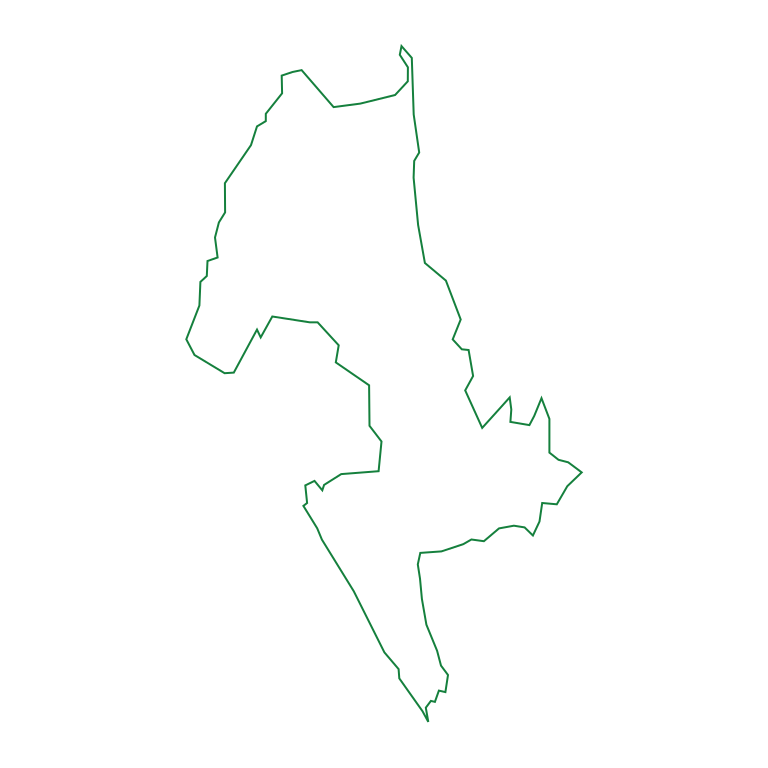 the district of Say, Tillabéri, Niger
{"feature_id": "23599985B83200163093073", "entity_name": "Say", "entity_type": "district", "adm_level": 2, "iso_a3": "NER", "parent_name": "Niger", "parent_adm1": "Tillabéri", "projection": "equal_earth", "projection_center": [2.303, 12.594], "detail": "fine", "context": "isolated", "style": "outline", "palette": "green", "viewbox_px": 768, "rotation_deg": 0, "n_neighbors": 0, "source": "geoboundaries", "source_scale": "gbopen_adm2", "svg_char_len": 1401}
<svg xmlns="http://www.w3.org/2000/svg" viewBox="0 0 768 768"><path d="M224.6,373.2L233.8,372.6L257.0,329.6L260.7,337.4L272.3,316.5L309.6,322.3L317.6,322.3L338.7,345.3L335.8,362.4L369.1,385.3L369.5,425.8L381.5,441.5L378.6,471.2L341.2,474.1L324.1,484.9L322.3,490.3L314.5,480.9L305.3,485.4L307.1,503.0L303.4,505.9L317.2,528.3L321.9,539.6L353.8,591.3L384.4,652.4L398.6,669.1L399.3,678.4L422.5,711.2L428.3,721.9L425.8,707.7L430.9,700.9L434.9,701.9L438.9,690.6L445.4,692.1L448.0,675.0L441.0,665.6L437.1,650.8L426.4,624.7L421.9,598.9L420.0,578.6L417.8,564.4L420.3,552.9L441.4,551.4L463.4,544.1L471.4,539.5L483.9,541.2L499.0,528.4L513.9,525.7L524.6,527.4L532.9,535.5L539.5,521.5L542.2,503.0L556.8,504.3L567.3,486.2L581.7,472.4L568.2,462.3L558.5,459.8L549.4,452.6L549.4,418.9L541.5,398.2L534.2,416.0L529.4,425.1L510.4,421.9L511.3,409.5L509.7,397.4L498.1,410.3L482.2,427.9L465.2,390.4L473.1,376.0L468.6,350.0L461.8,349.3L452.7,339.4L460.7,319.5L445.9,280.6L424.9,263.0L418.1,224.9L413.6,177.7L414.2,160.9L419.2,152.5L413.7,114.5L411.8,57.9L401.5,46.1L399.8,54.8L407.9,67.3L407.8,81.3L395.1,95.0L360.3,103.6L333.6,107.1L301.6,70.1L292.5,72.0L281.7,75.6L282.1,93.3L265.8,113.8L265.8,121.1L257.0,126.4L251.0,145.1L224.9,183.2L225.1,212.4L218.9,222.4L215.0,237.5L217.6,257.5L207.5,261.0L206.8,276.0L200.4,281.9L199.4,305.5L186.3,339.3L194.5,355.0L224.6,373.2Z" fill="none" stroke="#15803d" stroke-width="2"/></svg>